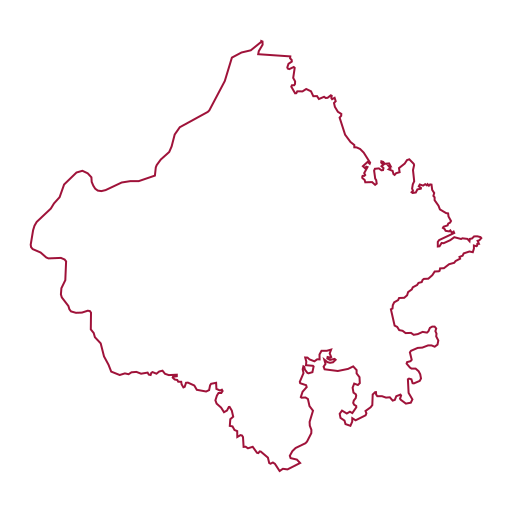 the State of Rajasthan
{"feature_id": "IND-3250", "entity_name": "Rajasthan", "entity_type": "State", "adm_level": 1, "iso_a3": "IND", "parent_name": "India", "parent_adm1": "", "projection": "robinson", "projection_center": [75.292, 26.62], "detail": "fine", "context": "isolated", "style": "outline", "palette": "rose", "viewbox_px": 512, "rotation_deg": 0, "n_neighbors": 0, "source": "natural_earth", "source_scale": "10m", "svg_char_len": 6045}
<svg xmlns="http://www.w3.org/2000/svg" viewBox="0 0 512 512"><path d="M130.5,181.1L138.8,181.1L154.9,175.6L155.8,167.4L156.7,165.1L160.8,159.5L169.2,152.0L171.6,146.5L174.7,134.5L179.8,127.2L207.8,111.9L209.3,110.4L224.8,81.0L231.9,57.6L241.5,52.5L250.8,50.3L261.2,41.9L261.3,41.0L262.5,41.5L262.6,44.7L258.8,51.1L258.2,54.2L290.3,56.4L290.1,58.3L291.7,60.0L291.8,61.6L288.5,63.8L287.3,67.4L287.8,68.6L289.3,69.1L293.7,67.0L294.7,67.9L293.2,77.9L295.1,81.4L295.0,84.0L294.2,85.2L291.9,85.3L291.3,86.7L295.1,93.3L296.3,93.2L297.3,91.3L302.5,91.4L306.2,89.0L311.0,91.3L313.3,96.2L317.0,96.1L318.9,99.0L324.1,96.8L325.7,98.0L327.6,97.8L330.8,95.3L331.7,95.8L331.3,98.0L332.1,99.2L334.6,97.8L335.7,101.2L334.0,103.0L334.9,106.9L337.9,111.8L341.3,113.9L341.2,115.8L339.6,117.6L345.1,134.7L350.5,142.0L354.3,145.0L354.3,147.3L356.6,147.4L360.1,149.0L363.7,152.6L370.1,162.7L369.7,163.7L367.6,161.9L362.9,166.2L364.9,168.1L366.3,166.7L367.5,167.1L364.2,173.1L365.2,175.0L364.3,175.9L362.6,175.9L362.2,177.0L362.4,178.1L364.6,179.9L365.3,182.3L372.1,182.1L375.1,184.8L376.7,183.6L376.2,180.1L375.2,178.6L374.1,170.6L374.9,168.8L378.9,168.4L381.5,170.3L383.0,170.1L383.5,168.1L381.5,166.2L383.3,164.8L381.2,162.6L381.4,161.3L383.2,161.9L384.7,163.8L389.1,163.4L390.6,166.2L388.5,165.9L390.3,168.1L388.7,169.3L392.6,170.9L393.5,174.1L394.6,174.9L396.1,173.2L399.6,172.2L399.0,168.1L404.7,163.6L407.0,160.1L409.3,159.3L413.7,163.8L414.1,165.1L413.0,170.1L414.2,181.3L412.8,184.3L412.1,188.6L413.0,190.8L411.6,192.2L412.6,193.0L415.8,192.5L417.4,189.4L420.8,188.7L421.0,188.0L418.8,186.3L419.8,184.5L423.1,185.6L425.2,184.2L426.8,185.3L427.6,184.2L428.9,185.7L430.1,184.4L431.5,184.6L432.2,189.9L434.2,193.0L433.4,195.9L434.6,197.3L434.6,200.2L438.5,205.7L439.9,209.4L446.1,213.1L448.1,213.4L448.5,216.5L451.0,221.0L450.1,222.6L448.2,223.6L447.6,225.4L443.6,226.7L442.9,227.9L444.6,229.0L445.6,230.8L449.1,231.4L450.3,230.4L451.9,232.8L453.6,231.6L454.2,233.0L439.1,240.1L437.8,241.9L437.8,246.5L439.5,246.3L441.6,243.0L443.6,243.2L450.2,240.2L454.3,237.2L461.1,239.0L462.4,238.3L467.4,238.9L469.5,241.2L469.8,238.9L472.0,238.5L474.1,236.4L477.3,236.3L480.5,237.1L481.3,238.1L479.3,240.3L477.6,240.8L478.9,243.8L477.3,243.9L477.1,245.7L476.5,246.2L473.9,245.5L473.9,248.6L472.8,252.2L469.4,251.5L463.7,253.4L462.6,255.7L459.5,256.9L460.1,258.7L455.6,261.0L454.2,262.8L449.1,264.2L443.9,268.2L440.1,268.4L439.6,270.8L438.8,271.3L434.7,271.5L432.3,275.2L428.3,278.7L423.9,278.9L422.6,279.9L421.7,282.1L418.5,282.9L417.1,285.0L412.8,287.3L411.8,289.4L408.1,292.1L407.1,295.3L404.2,297.8L399.1,298.0L398.1,300.1L394.2,302.3L392.8,305.2L392.5,308.5L390.9,309.3L394.6,325.6L397.2,326.9L399.2,330.1L402.6,330.8L405.6,333.1L411.0,332.9L413.7,334.8L417.8,334.1L422.6,331.9L427.0,332.6L428.4,331.3L429.9,327.9L432.2,326.6L434.6,326.6L436.2,328.5L435.4,331.1L436.5,333.7L436.2,336.4L438.3,340.5L437.5,344.6L434.7,346.7L431.5,345.4L428.1,345.4L422.3,347.6L417.7,347.9L411.0,350.8L409.9,352.4L411.7,359.8L410.5,361.2L407.1,362.1L406.6,363.6L410.0,367.6L411.5,368.6L415.6,368.6L418.6,371.2L420.2,374.2L421.0,378.5L419.7,380.9L413.9,383.4L412.6,383.2L411.4,379.3L409.0,378.6L407.9,379.3L408.6,392.9L412.4,399.4L410.8,402.7L405.9,403.6L400.8,399.8L400.0,398.7L401.1,395.5L400.4,394.6L396.3,396.2L394.8,399.9L392.7,400.6L389.8,397.3L386.0,397.6L382.0,396.2L377.3,396.2L376.1,394.5L376.0,392.1L375.2,392.1L372.7,394.5L372.3,405.1L370.6,407.3L365.5,411.0L366.4,413.3L365.6,415.3L355.6,420.3L352.3,418.2L352.2,421.7L350.4,425.8L345.5,424.1L344.5,420.6L340.5,417.9L339.7,413.8L342.0,410.6L346.8,413.5L349.9,411.7L352.3,413.1L356.3,407.3L356.2,406.0L354.1,404.7L353.2,402.9L353.8,400.5L355.7,398.1L356.2,395.6L355.8,394.3L353.5,392.6L352.6,387.7L354.2,383.6L357.9,385.0L359.8,383.1L359.5,377.2L356.6,373.4L356.6,370.1L353.2,366.4L348.1,368.9L337.8,371.0L324.6,369.3L323.6,366.7L325.5,363.9L324.3,359.6L327.4,362.1L330.0,362.8L333.0,362.3L335.6,359.8L334.6,358.9L330.0,359.9L327.3,358.5L327.6,357.0L330.4,357.6L331.2,357.1L329.7,353.4L331.1,349.6L326.8,350.8L321.5,350.8L319.5,354.5L319.6,359.4L317.2,359.3L314.4,361.3L309.5,359.4L307.5,357.6L305.2,357.5L306.3,361.6L306.0,365.2L312.9,365.8L313.6,366.5L312.4,372.2L308.5,373.3L307.4,372.9L304.9,369.6L304.2,366.7L303.4,366.3L302.7,369.3L303.5,373.1L299.8,381.8L300.2,383.2L306.1,385.2L306.7,387.1L302.6,391.7L300.8,397.1L301.5,397.7L305.5,397.5L307.9,399.0L309.5,406.1L313.0,410.7L309.6,421.9L309.8,425.7L311.4,429.9L311.3,433.2L307.0,441.6L305.5,443.2L295.6,448.0L292.4,451.1L289.8,455.8L290.6,458.1L296.9,459.6L300.1,463.0L287.5,469.4L282.9,468.8L279.6,471.0L274.9,463.8L272.9,462.5L270.5,463.7L269.2,463.0L267.9,457.6L260.8,451.6L259.7,451.4L258.3,453.1L257.0,452.8L252.7,446.8L247.9,448.3L245.6,446.7L243.6,446.9L243.0,437.1L242.0,435.5L240.5,435.1L237.3,437.0L237.2,431.1L234.5,430.0L232.5,426.4L229.8,425.9L230.3,419.2L233.2,416.7L231.8,410.6L229.6,406.9L228.8,407.0L227.0,410.5L224.0,412.2L221.1,407.6L216.6,403.6L215.4,400.3L216.9,395.6L218.5,393.0L221.3,393.0L222.6,391.0L221.9,389.7L220.0,390.5L216.4,388.9L216.1,382.8L211.1,383.8L210.1,385.3L209.1,390.1L206.1,391.5L196.8,389.8L194.3,385.5L187.9,382.6L186.0,382.8L184.7,386.8L183.4,387.4L181.6,384.3L181.2,381.8L178.2,381.7L177.3,380.0L174.7,379.5L172.7,377.6L173.0,376.8L176.8,376.2L176.8,374.7L168.8,375.1L165.0,373.8L162.5,370.7L159.2,371.5L156.5,373.7L152.5,372.1L151.3,372.9L150.6,375.0L148.8,374.6L147.6,372.6L141.1,373.7L136.4,371.9L131.5,372.3L128.6,374.2L124.9,373.4L119.7,375.0L111.2,371.6L108.5,364.7L104.0,356.4L100.7,343.4L94.9,337.2L93.7,333.0L90.8,329.4L91.0,312.7L89.9,311.1L87.8,310.7L81.9,312.6L75.9,312.8L71.0,311.4L69.4,309.3L68.4,306.0L61.8,297.4L60.9,294.4L61.4,288.2L65.3,280.2L66.1,261.4L64.6,259.5L60.9,257.9L48.5,258.4L46.3,257.5L40.6,252.5L32.7,249.1L31.1,247.2L30.7,244.7L33.1,230.2L34.5,225.7L36.7,221.9L50.8,208.6L54.0,203.4L59.6,197.2L64.1,184.5L76.5,172.5L82.4,170.8L87.7,173.3L91.4,177.3L91.7,181.9L93.3,185.7L95.2,188.7L97.8,190.6L101.4,191.1L105.6,190.1L121.7,182.5L130.5,181.1Z" fill="none" stroke="#9f1239" stroke-width="2"/></svg>